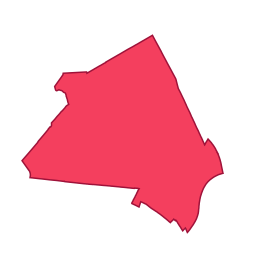 outline of Zoeterwoude, Zuid-Holland, Netherlands, rotated 98°
{"feature_id": "6326949B96348311169789", "entity_name": "Zoeterwoude", "entity_type": "district", "adm_level": 2, "iso_a3": "NLD", "parent_name": "Netherlands", "parent_adm1": "Zuid-Holland", "projection": "equal_earth", "projection_center": [4.519, 52.114], "detail": "fine", "context": "isolated", "style": "filled", "palette": "rose", "viewbox_px": 256, "rotation_deg": 98, "n_neighbors": 0, "source": "geoboundaries", "source_scale": "gbopen_adm2", "svg_char_len": 5514}
<svg xmlns="http://www.w3.org/2000/svg" viewBox="0 0 256 256"><g transform="rotate(98 128 128)"><path d="M223.2,54.7L222.8,54.4L222.0,53.9L220.0,52.7L219.6,52.5L217.8,51.6L217.2,51.3L216.2,50.8L214.5,49.9L213.7,49.6L211.8,48.8L211.4,48.6L210.5,48.3L209.6,48.0L208.5,47.6L207.0,47.3L206.6,47.2L205.0,46.9L204.2,46.8L203.5,46.7L202.9,46.6L202.0,46.6L201.6,46.6L201.3,46.6L200.6,46.6L199.3,46.7L197.4,46.7L195.4,46.9L194.1,46.9L192.8,47.0L192.6,47.0L189.6,46.9L188.9,46.9L185.9,46.7L183.6,46.3L182.3,46.1L181.8,46.0L181.0,45.8L180.2,45.6L179.6,45.5L177.8,45.0L176.5,44.6L174.9,43.9L174.1,43.6L173.0,43.1L172.4,42.8L171.6,42.3L171.1,42.0L170.9,41.9L170.0,41.3L168.6,40.2L168.1,39.8L166.8,38.5L166.1,37.8L165.5,37.2L164.3,35.8L163.4,34.6L162.6,33.4L161.9,32.4L161.3,31.3L160.8,30.2L160.2,29.0L160.2,28.9L159.7,27.9L159.6,27.6L159.2,27.8L152.5,30.2L150.7,30.8L149.6,31.2L148.6,31.6L147.7,32.0L146.9,32.3L145.5,33.0L144.4,33.5L143.9,33.8L142.8,34.4L142.2,34.7L141.4,35.2L140.5,35.8L140.5,35.7L140.4,35.8L140.4,35.7L139.4,36.4L138.3,37.2L137.4,37.9L136.8,38.2L135.4,39.3L133.9,40.6L133.1,41.3L131.7,42.8L131.3,43.1L130.7,43.7L130.1,44.5L129.0,45.7L128.4,46.5L127.8,47.2L130.6,48.4L130.7,48.5L133.7,49.6L133.5,49.8L133.8,49.9L131.4,51.4L130.4,52.1L129.1,52.8L128.6,53.2L127.9,53.6L127.7,53.7L127.4,53.9L126.8,54.4L125.9,55.0L124.4,55.9L123.6,56.5L121.6,57.7L120.9,58.1L120.7,58.3L120.1,58.7L119.5,59.1L118.4,59.9L117.0,60.8L115.6,61.7L114.7,62.2L112.5,63.6L111.4,64.4L110.6,64.8L110.1,65.2L108.8,66.0L108.6,66.2L108.5,66.3L108.2,66.5L107.9,66.7L107.7,66.8L106.0,67.8L104.2,68.9L102.3,70.2L101.4,70.8L100.7,71.3L99.5,72.1L97.8,73.2L96.7,73.8L95.7,74.5L95.2,74.8L94.1,75.5L92.6,76.4L91.3,77.3L87.4,79.9L85.7,81.0L81.9,83.7L78.3,85.2L75.4,86.4L73.8,87.0L72.6,87.6L70.4,89.2L64.4,93.6L61.7,95.6L57.8,98.5L57.2,98.9L51.6,103.0L48.8,105.0L47.3,106.0L37.9,113.0L32.8,116.7L34.6,119.0L36.4,121.3L41.4,127.7L43.8,130.7L44.5,131.7L46.8,134.6L49.3,138.0L50.2,139.2L53.3,143.1L56.0,146.5L56.8,147.5L57.2,148.1L58.1,149.2L61.5,153.6L63.7,156.4L64.4,157.3L65.9,159.2L66.1,159.1L66.6,159.6L67.1,160.4L68.6,162.3L69.8,163.8L70.4,164.7L72.6,167.5L72.8,167.8L73.0,168.0L73.3,168.3L73.8,169.1L74.5,169.9L75.0,170.5L76.2,172.1L77.4,173.6L78.0,174.4L79.5,176.3L78.3,176.8L78.3,177.0L82.8,199.8L83.1,199.8L83.8,199.8L84.1,199.8L84.4,199.9L84.5,199.9L85.0,200.1L85.3,200.3L87.9,201.6L90.5,203.0L90.8,203.1L91.3,203.4L97.1,206.4L100.4,205.0L100.5,204.9L100.7,204.7L100.8,204.6L101.0,204.1L101.0,203.9L101.0,203.7L100.9,203.5L100.5,202.9L100.3,202.5L99.9,202.0L99.8,201.9L99.7,201.7L99.9,201.1L100.0,200.7L100.1,200.4L100.1,200.2L100.1,199.7L100.2,199.1L100.2,198.9L100.3,198.7L100.4,198.4L100.6,198.0L100.8,197.8L101.4,197.0L101.5,196.8L101.6,196.6L101.7,196.4L101.7,196.2L101.8,195.7L102.0,195.3L102.1,195.0L102.2,194.9L102.3,194.8L103.6,194.1L104.1,193.9L104.4,193.8L104.7,193.7L105.5,193.5L105.7,193.3L107.4,192.5L107.7,192.3L108.1,192.1L108.9,191.8L109.3,191.7L110.0,191.4L110.3,191.3L110.8,191.1L112.9,190.0L113.3,190.5L114.0,191.3L114.3,191.7L114.7,192.0L115.0,192.3L115.3,192.5L116.5,193.1L117.2,193.5L118.9,194.7L119.6,195.1L119.8,195.2L119.9,195.3L120.1,195.5L120.5,195.8L120.8,196.2L121.3,196.5L121.8,196.8L122.3,197.1L122.5,197.2L123.0,197.5L124.4,198.4L126.4,199.8L129.7,201.8L131.7,203.2L133.6,204.5L135.4,204.2L135.7,204.2L136.0,204.1L136.3,204.1L137.3,204.5L137.8,204.8L137.7,205.3L139.9,206.7L140.0,206.6L140.3,206.7L141.6,207.5L147.3,211.0L147.9,211.4L151.7,213.8L152.9,214.6L154.2,215.3L154.6,215.3L155.0,215.5L155.9,216.1L156.7,216.6L163.5,220.9L167.1,223.2L175.1,228.4L183.9,220.1L184.1,219.8L184.5,219.5L184.7,219.4L185.1,219.2L185.6,218.9L185.8,218.8L186.3,218.6L186.6,218.5L187.0,218.4L187.4,218.3L187.7,218.2L188.3,218.1L188.6,218.1L188.9,218.1L189.2,218.1L190.8,218.1L190.7,215.8L190.5,208.4L190.4,206.2L190.2,198.2L189.9,191.2L189.8,184.1L189.6,183.9L189.8,183.7L189.9,183.1L189.3,164.1L189.3,163.9L189.2,162.4L189.2,161.4L189.1,160.2L189.1,158.8L189.0,157.3L188.9,156.0L188.9,155.1L188.8,154.9L188.7,153.2L188.6,152.0L188.6,150.4L188.5,150.1L188.5,149.3L188.5,148.7L188.4,147.8L188.4,146.9L188.3,144.5L188.1,141.7L188.0,139.6L187.9,138.1L187.9,137.4L187.9,136.2L187.8,135.9L187.8,135.1L187.6,130.4L187.5,128.6L187.5,126.8L187.4,125.4L187.3,123.4L187.2,120.8L187.2,119.8L187.1,118.3L187.1,117.7L187.0,114.7L186.9,113.6L186.9,113.2L186.6,113.0L186.5,112.9L186.6,112.6L186.4,110.3L186.5,108.5L187.0,108.7L187.3,108.8L187.7,109.0L187.9,109.1L188.0,109.2L188.6,109.4L189.9,109.7L190.1,109.8L190.4,110.0L190.5,110.0L193.0,110.7L193.7,111.0L194.2,111.2L195.4,111.5L196.1,111.8L196.6,112.0L197.0,112.1L197.5,112.3L198.1,112.6L199.4,112.9L199.8,113.1L200.3,113.2L201.1,113.6L202.0,113.8L202.3,113.6L203.7,109.0L204.4,107.0L204.7,106.1L200.2,105.3L199.2,105.1L199.8,103.0L200.8,100.0L200.8,99.8L200.9,99.4L201.6,98.3L202.1,97.4L203.1,95.8L203.3,95.4L203.8,94.6L204.4,93.5L205.1,91.9L205.6,90.9L206.0,90.0L206.6,88.8L206.9,88.0L207.4,87.1L207.6,86.8L208.2,85.6L208.6,84.8L209.4,83.3L209.7,82.9L209.9,82.6L210.3,81.7L210.8,81.0L211.1,80.4L211.3,80.1L211.5,79.9L212.1,78.8L212.5,78.1L212.8,77.6L213.5,76.5L214.1,75.5L214.4,75.1L214.7,74.7L215.8,72.9L214.9,72.3L214.7,72.2L214.4,71.9L214.1,71.7L213.2,70.9L212.9,70.7L211.9,70.0L212.1,69.8L212.6,69.0L212.7,68.9L212.8,68.7L213.2,68.2L212.6,67.8L213.3,67.0L214.5,66.0L214.8,65.8L215.2,65.5L216.0,64.8L217.7,63.4L218.0,63.1L218.6,62.5L219.5,61.8L220.5,61.0L222.2,59.5L221.0,58.7L219.1,57.3L219.5,57.0L219.8,56.7L223.2,54.7Z" fill="#f43f5e" stroke="#9f1239" stroke-width="1.5"/></g></svg>